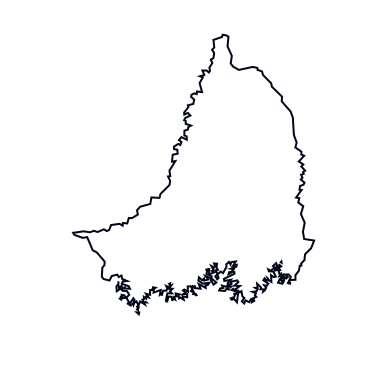 the district of Maracaju, Mato Grosso do Sul, Brazil, rotated 243°
{"feature_id": "56859067B1064226501781", "entity_name": "Maracaju", "entity_type": "district", "adm_level": 2, "iso_a3": "BRA", "parent_name": "Brazil", "parent_adm1": "Mato Grosso do Sul", "projection": "orthographic", "projection_center": [-55.512, -21.462], "detail": "fine", "context": "isolated", "style": "outline", "palette": "ink", "viewbox_px": 384, "rotation_deg": 243, "n_neighbors": 0, "source": "geoboundaries", "source_scale": "gbopen_adm2", "svg_char_len": 5952}
<svg xmlns="http://www.w3.org/2000/svg" viewBox="0 0 384 384"><g transform="rotate(243 192 192)"><path d="M154.6,73.7L150.6,78.3L153.6,82.4L152.3,87.9L149.5,88.1L149.6,91.2L146.2,90.4L142.1,93.8L143.7,89.7L142.1,87.8L136.8,92.8L134.0,92.8L136.4,88.5L137.6,88.9L137.2,86.4L140.4,86.6L139.6,83.4L143.5,84.6L142.1,81.7L137.7,79.9L138.3,84.4L135.5,85.4L133.2,89.1L128.9,89.4L127.6,85.4L122.6,85.9L121.5,83.3L121.5,87.2L123.9,91.5L122.0,91.8L119.4,89.1L119.7,92.9L115.1,92.8L118.0,96.1L113.3,98.9L118.5,98.9L118.3,100.5L120.4,101.5L117.9,102.7L119.5,103.5L117.7,105.5L122.2,104.8L119.4,108.0L123.7,110.1L122.8,111.9L124.8,114.1L123.2,116.1L122.8,113.9L119.8,112.1L118.9,119.6L115.1,116.8L115.6,119.0L113.3,118.0L117.2,121.4L115.7,124.4L118.3,127.3L118.2,131.2L116.1,127.6L114.6,130.6L113.5,127.3L110.8,128.1L112.9,124.1L109.2,121.0L106.7,121.1L109.5,123.6L108.0,126.2L103.9,125.1L105.8,126.9L103.9,128.1L106.8,128.5L106.2,130.5L109.0,131.4L106.4,134.5L105.9,132.4L103.1,132.2L103.6,133.4L99.8,135.7L103.3,136.3L100.4,139.9L103.2,141.4L104.9,138.1L105.2,140.6L108.4,139.3L108.6,140.9L105.1,143.2L109.8,145.2L108.6,148.1L104.9,148.1L107.7,150.0L106.4,151.0L107.4,152.2L105.0,151.0L102.0,155.7L106.9,156.2L100.3,160.7L102.7,161.6L101.9,163.7L103.3,166.3L105.5,159.9L110.2,157.5L112.8,159.5L108.8,160.9L109.5,163.4L107.5,162.7L106.7,166.7L110.9,165.9L106.2,170.0L108.0,171.3L112.4,167.7L115.7,170.3L116.6,168.7L115.6,172.4L110.9,169.8L110.3,175.6L112.6,174.0L112.6,175.8L117.2,175.7L114.7,177.4L115.1,178.8L118.3,179.2L116.7,181.7L113.5,179.5L110.9,179.8L111.4,177.7L107.1,177.3L108.0,181.5L105.6,182.8L109.9,189.0L112.0,189.6L112.9,193.2L109.9,193.4L111.7,195.3L110.2,199.5L107.7,195.1L106.8,198.8L105.3,197.5L106.1,191.6L104.2,194.0L102.9,190.8L101.6,193.4L99.9,192.8L100.1,181.0L98.1,180.4L96.2,186.6L94.7,182.4L92.9,182.3L92.3,179.1L94.9,176.3L92.3,176.2L93.3,173.4L91.9,171.5L88.9,176.3L89.9,178.5L88.6,180.5L90.3,180.0L93.1,184.8L92.1,185.4L94.3,186.4L92.7,192.1L90.7,192.4L89.3,187.2L86.5,192.0L85.7,187.1L81.0,185.5L82.7,182.9L81.1,183.9L79.2,181.8L79.7,178.2L78.2,178.3L77.4,181.0L73.3,182.0L82.8,188.4L81.0,189.1L81.2,191.0L76.1,189.5L73.8,190.5L72.0,186.8L69.0,187.9L71.2,190.5L67.8,193.1L69.7,195.8L69.4,201.7L71.3,201.1L72.7,202.9L75.5,200.7L74.2,204.4L75.4,206.1L77.9,204.8L76.9,207.0L80.7,208.4L75.7,210.2L74.3,208.8L72.7,211.7L70.9,210.1L71.2,212.1L73.0,214.5L76.1,214.0L74.5,215.9L75.7,218.4L80.9,215.5L82.1,217.5L79.5,217.8L79.6,219.9L75.8,221.9L82.0,224.7L79.1,226.0L78.6,228.3L84.3,228.3L86.4,224.5L88.4,224.8L86.2,226.2L86.9,231.2L89.2,230.5L90.4,234.7L88.1,234.4L84.3,230.1L83.7,233.1L86.2,233.5L87.4,236.8L85.3,237.8L84.9,234.4L82.4,235.2L82.2,233.3L79.3,232.7L79.0,234.0L77.4,231.8L77.0,236.0L76.0,235.6L75.2,232.6L73.8,233.7L74.5,230.5L72.1,227.5L69.2,230.9L70.0,232.2L72.3,231.4L71.1,233.7L74.3,235.8L72.2,236.8L72.7,238.7L76.0,237.8L74.8,240.6L71.5,241.5L68.1,237.2L68.9,239.9L66.8,244.3L70.9,246.4L73.4,251.6L77.4,254.6L76.8,256.1L78.7,256.8L80.3,261.3L85.2,264.5L87.8,272.6L93.3,278.8L99.2,270.6L106.2,272.8L113.5,278.5L122.9,279.0L128.8,284.7L134.4,281.9L137.8,284.8L139.8,282.2L144.0,290.5L145.2,288.8L148.3,291.0L147.9,294.7L149.3,296.5L153.7,294.6L154.5,296.9L157.8,297.0L157.5,299.8L159.4,300.1L159.6,302.5L165.1,301.0L166.0,303.7L170.7,301.0L173.4,308.4L175.7,306.4L178.2,307.8L184.8,304.3L188.5,307.7L196.6,308.7L212.5,315.6L218.9,316.4L232.0,313.1L236.1,315.5L249.5,311.0L252.9,311.9L264.0,308.4L267.7,309.1L271.0,305.9L272.9,306.6L275.9,302.8L279.5,289.2L285.1,285.5L288.9,284.8L295.2,289.3L305.7,289.8L313.8,295.0L315.9,293.7L318.2,290.7L316.5,289.1L317.8,280.2L310.6,277.4L309.7,274.5L305.7,274.8L301.6,271.9L301.3,268.8L297.7,268.7L294.8,263.9L291.9,263.1L290.8,261.3L293.6,260.2L295.5,256.5L290.7,256.1L291.5,251.6L289.2,253.7L285.6,248.2L276.4,246.3L279.3,242.1L277.1,240.6L278.9,238.7L278.8,235.5L277.2,234.4L273.3,235.9L269.9,233.1L271.1,227.7L269.3,227.4L266.4,221.1L264.5,220.3L264.3,224.2L260.9,225.3L261.0,219.6L259.6,217.6L258.2,218.7L255.5,217.3L251.6,221.3L251.4,218.0L249.5,216.8L250.1,213.1L245.9,210.9L243.9,212.5L241.0,211.1L245.7,207.5L244.2,203.9L241.4,205.3L239.2,202.9L241.1,201.6L240.6,196.5L238.5,195.5L236.3,198.1L232.6,196.6L234.0,191.8L228.1,187.9L227.1,191.2L221.3,181.6L216.0,179.8L216.7,177.7L211.8,177.6L208.5,175.2L204.6,163.1L201.5,160.3L205.6,153.4L200.3,149.4L202.4,139.2L200.8,134.8L196.5,133.5L196.0,126.7L197.5,123.9L193.4,120.0L195.7,116.4L193.5,114.9L196.5,113.1L199.3,104.9L195.8,101.0L195.8,98.4L198.8,96.5L199.2,89.7L202.0,86.9L202.4,82.8L206.1,77.7L209.6,67.6L207.3,67.7L200.8,73.7L199.4,78.1L185.1,77.1L181.5,79.7L169.7,82.6L166.7,80.9L165.2,77.7L157.4,73.2L154.6,73.7ZM89.1,239.2L89.5,240.1L88.3,239.7L89.1,239.2ZM119.3,126.9L118.8,126.3L120.0,126.3L119.3,126.9ZM120.5,131.0L119.7,130.4L120.5,130.0L120.5,131.0ZM79.6,219.9L80.9,220.1L80.1,220.4L79.6,219.9ZM127.6,85.4L131.8,84.4L130.6,84.1L132.2,82.7L130.4,81.9L131.8,80.9L129.9,81.2L129.8,79.3L128.2,80.0L129.1,81.6L127.6,85.4ZM106.2,170.0L104.9,168.8L99.7,169.1L100.3,172.6L106.2,170.0ZM107.1,177.3L106.3,174.5L102.8,174.8L103.3,176.6L107.1,177.3ZM69.2,198.3L68.8,196.9L66.6,195.4L66.8,198.1L69.2,198.3ZM104.9,148.1L104.3,146.1L101.3,147.9L102.2,148.3L104.9,148.1ZM84.0,186.1L87.1,184.8L86.7,182.9L84.5,185.0L84.0,186.1ZM115.1,92.8L114.9,91.1L112.5,90.7L112.9,91.8L115.1,92.8ZM68.1,237.2L67.4,236.1L65.8,237.6L66.3,238.2L68.1,237.2ZM108.6,90.3L109.9,88.1L107.2,89.1L108.6,90.3ZM102.9,190.8L103.7,188.7L102.4,187.4L102.3,189.8L102.9,190.8ZM105.3,121.0L107.2,119.6L106.3,119.3L105.3,121.0ZM119.5,86.2L120.5,84.6L118.8,85.7L119.5,86.2ZM100.0,147.9L98.2,148.5L98.1,149.2L99.7,149.0L100.0,147.9ZM118.7,89.4L119.1,88.4L117.7,88.4L118.7,89.4ZM101.3,147.9L100.5,146.8L100.0,147.9L101.3,147.9ZM91.0,183.3L89.7,182.9L89.9,183.9L91.0,183.3ZM145.0,85.3L144.3,85.0L145.4,86.1L145.0,85.3ZM112.5,90.7L112.2,89.7L111.4,90.3L112.5,90.7ZM115.2,99.8L114.4,101.1L115.1,100.8L115.2,99.8Z" fill="none" stroke="#020617" stroke-width="2"/></g></svg>